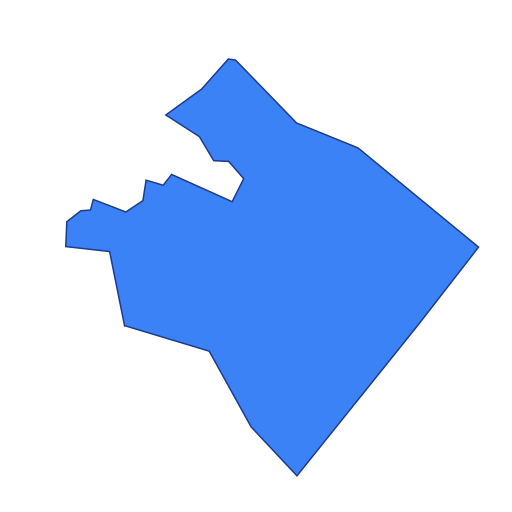 Lafon, Eastern Equatoria, South Sudan (Albers equal-area conic projection), rotated 128°
{"feature_id": "79223893B81439496011559", "entity_name": "Lafon", "entity_type": "district", "adm_level": 2, "iso_a3": "SSD", "parent_name": "South Sudan", "parent_adm1": "Eastern Equatoria", "projection": "albers", "projection_center": [32.675, 5.157], "detail": "fine", "context": "isolated", "style": "filled", "palette": "blue", "viewbox_px": 512, "rotation_deg": 128, "n_neighbors": 0, "source": "geoboundaries", "source_scale": "gbopen_adm2", "svg_char_len": 540}
<svg xmlns="http://www.w3.org/2000/svg" viewBox="0 0 512 512"><g transform="rotate(128 256 256)"><path d="M117.8,399.1L157.8,401.6L200.4,413.9L196.8,374.1L206.9,348.0L198.3,335.7L202.6,313.3L227.9,308.2L243.7,372.7L257.4,372.7L263.9,389.3L282.0,379.2L301.5,385.7L311.6,419.0L321.7,414.7L328.2,421.9L345.5,426.2L365.7,411.7L342.6,374.1L392.0,316.5L391.6,316.1L359.8,234.3L393.7,154.6L404.0,88.4L210.8,85.8L112.0,86.1L109.0,204.3L108.0,242.1L126.2,305.9L114.2,392.8L117.8,399.1Z" fill="#3b82f6" stroke="#1e3a8a" stroke-width="1.5"/></g></svg>